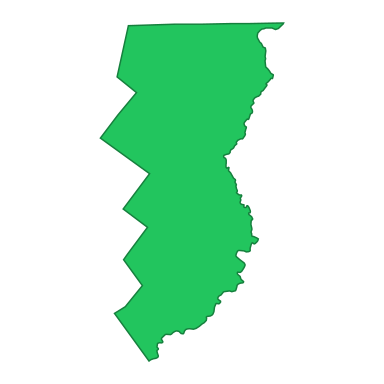 Essex, Vermont, United States of America (Albers equal-area conic projection)
{"feature_id": "52423323B77822845094766", "entity_name": "Essex", "entity_type": "district", "adm_level": 2, "iso_a3": "USA", "parent_name": "United States of America", "parent_adm1": "Vermont", "projection": "albers", "projection_center": [-71.622, 44.681], "detail": "fine", "context": "isolated", "style": "filled", "palette": "green", "viewbox_px": 384, "rotation_deg": 0, "n_neighbors": 0, "source": "geoboundaries", "source_scale": "gbopen_adm2", "svg_char_len": 3964}
<svg xmlns="http://www.w3.org/2000/svg" viewBox="0 0 384 384"><path d="M270.7,23.2L249.3,23.6L231.7,23.6L202.2,24.2L175.1,24.2L128.4,25.7L117.1,76.9L136.5,92.6L117.9,115.0L100.4,138.1L112.7,147.0L149.6,173.7L123.2,209.0L147.5,227.3L127.4,254.3L123.6,259.7L142.4,285.6L125.3,306.7L114.5,313.4L149.0,361.0L150.6,359.8L153.2,358.8L155.9,358.3L157.5,357.5L158.0,357.0L158.3,356.1L158.2,355.5L157.3,352.9L156.9,350.9L157.1,350.3L158.1,349.5L158.3,348.9L158.2,348.4L157.2,347.4L157.0,346.9L157.5,343.6L158.0,343.2L159.5,342.7L161.5,342.9L162.6,342.5L162.8,341.6L161.5,339.3L161.5,338.6L161.9,337.8L165.0,334.8L166.1,334.3L170.5,334.6L171.7,333.9L172.6,332.9L174.4,331.7L175.2,331.3L175.5,331.2L176.5,330.9L178.7,331.3L179.3,331.7L181.1,333.5L182.7,333.8L183.4,333.7L183.7,333.3L184.5,331.1L185.3,330.0L186.0,329.4L187.6,328.9L189.5,328.7L193.5,329.2L196.1,328.4L199.2,326.4L202.3,323.8L204.2,322.7L206.3,320.4L206.6,318.2L206.3,317.2L206.5,316.8L207.2,316.4L210.3,316.0L212.0,315.1L212.9,314.1L213.9,311.7L214.5,307.1L215.9,303.8L216.3,303.5L218.9,303.8L219.7,303.2L220.6,302.0L220.5,301.1L218.4,299.6L217.9,299.0L217.8,298.0L218.0,297.4L218.6,296.4L219.7,295.6L221.0,295.0L223.4,292.0L224.0,291.7L228.9,291.0L229.5,290.9L231.8,291.7L235.5,290.7L236.0,289.7L236.9,286.6L237.0,285.4L238.3,284.0L239.5,283.5L240.6,283.1L242.5,282.9L242.9,282.8L243.4,282.4L243.6,281.7L243.3,281.3L241.3,279.6L240.7,278.6L240.3,277.0L240.0,276.3L238.1,274.8L237.4,273.8L237.3,272.8L237.8,272.1L239.9,272.4L240.4,272.3L241.6,271.4L243.6,268.4L244.5,266.7L245.0,265.4L245.0,264.5L244.2,263.0L239.6,259.5L236.4,256.7L235.9,255.7L236.0,254.8L236.6,252.9L237.4,251.4L238.1,250.7L238.8,250.4L244.1,250.9L246.2,251.9L248.5,251.7L249.8,251.2L250.2,250.5L250.1,248.9L250.2,247.9L251.3,244.1L252.2,242.8L252.9,243.0L253.6,243.6L254.2,243.9L255.2,243.5L256.9,241.9L257.8,240.7L258.3,238.9L256.7,237.9L253.6,236.5L252.1,236.3L251.7,235.2L251.7,233.8L251.1,232.3L251.2,231.3L251.6,230.4L251.9,229.4L251.8,228.2L250.9,224.4L251.2,220.8L251.6,220.1L251.9,220.1L252.2,219.5L252.7,219.0L251.6,216.7L248.9,214.5L248.7,214.1L248.7,213.0L250.1,212.7L250.4,211.8L250.2,210.5L249.0,207.5L248.1,206.2L247.5,205.7L246.9,205.8L246.5,206.9L246.0,207.4L245.3,207.5L244.2,207.3L243.9,206.6L243.8,206.0L244.0,205.3L243.9,204.8L241.4,204.3L240.7,203.7L240.1,202.8L240.1,202.0L240.6,200.8L240.8,199.9L240.4,198.7L240.4,197.9L240.8,197.4L241.5,196.4L241.7,195.7L241.4,195.0L239.8,195.0L238.8,194.7L236.6,192.9L236.5,192.6L237.2,191.6L237.3,190.5L236.5,188.8L235.9,185.9L236.4,184.9L235.7,183.3L235.2,182.8L235.0,182.3L235.0,181.9L235.5,180.3L235.3,179.6L233.5,178.1L230.5,172.7L228.6,170.8L228.6,170.1L228.9,168.0L228.9,167.6L228.4,167.4L227.1,168.2L226.8,168.2L226.2,167.5L226.0,166.9L226.0,164.5L226.2,163.4L226.2,160.0L225.5,158.3L224.0,157.6L223.7,156.9L223.7,156.7L223.7,155.7L224.0,155.3L226.6,154.3L228.8,153.9L230.1,152.5L230.1,151.5L231.0,149.6L232.3,149.0L233.6,147.9L234.7,145.7L236.7,144.0L236.7,143.6L236.4,143.0L236.3,142.2L237.8,140.3L240.8,138.8L242.4,138.9L242.8,138.6L244.9,135.6L245.4,134.1L244.9,132.6L245.9,128.8L246.3,127.9L246.3,127.0L245.0,126.2L244.2,124.6L244.0,123.4L244.5,122.3L246.8,119.4L247.8,119.0L247.9,119.4L248.3,119.4L248.8,119.0L250.4,114.0L251.9,113.2L252.4,112.3L252.5,111.6L252.3,110.2L251.4,108.3L250.8,107.7L250.8,106.7L251.2,105.9L251.9,105.1L253.8,103.3L253.8,102.6L253.1,101.3L253.1,100.2L253.4,99.7L254.7,97.9L256.8,96.7L258.7,96.1L260.7,94.2L260.8,92.5L261.0,92.0L261.6,91.4L263.1,90.5L266.7,85.7L267.0,85.0L266.1,84.2L266.0,83.8L266.2,83.5L268.1,81.9L270.3,79.4L270.8,78.5L271.3,78.3L272.2,78.6L272.6,78.2L273.3,75.2L273.2,74.7L270.9,73.4L269.5,71.1L267.8,68.9L265.7,66.9L265.0,60.6L265.3,60.0L265.6,58.7L265.1,56.6L265.8,50.9L265.3,48.0L263.1,47.1L261.3,43.4L259.8,42.2L257.5,38.0L257.2,36.0L257.8,33.0L260.3,30.2L262.1,29.0L263.9,28.8L265.8,28.0L272.0,28.0L275.5,29.5L278.4,28.5L283.2,23.9L283.6,23.0L270.7,23.2Z" fill="#22c55e" stroke="#15803d" stroke-width="1.5"/></svg>